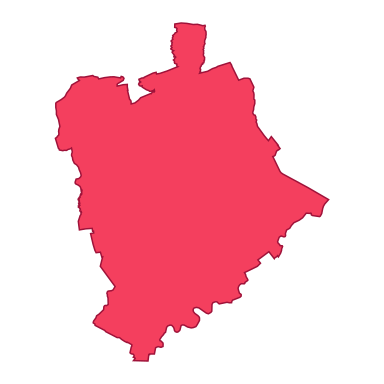 Balesti, Gorj, Romania (Mercator projection)
{"feature_id": "2599482B86837761601093", "entity_name": "Balesti", "entity_type": "district", "adm_level": 2, "iso_a3": "ROU", "parent_name": "Romania", "parent_adm1": "Gorj", "projection": "mercator", "projection_center": [23.167, 45.008], "detail": "fine", "context": "isolated", "style": "filled", "palette": "rose", "viewbox_px": 384, "rotation_deg": 0, "n_neighbors": 0, "source": "geoboundaries", "source_scale": "gbopen_adm2", "svg_char_len": 5812}
<svg xmlns="http://www.w3.org/2000/svg" viewBox="0 0 384 384"><path d="M328.6,199.6L308.1,187.7L283.0,174.1L281.1,172.8L280.0,171.4L272.8,156.5L273.9,156.2L275.1,155.3L276.6,151.0L278.2,150.1L278.3,149.7L279.0,149.6L280.1,148.6L277.7,145.3L278.1,145.1L271.3,136.6L268.4,140.7L264.4,135.9L257.5,126.4L256.8,123.3L256.1,122.1L256.7,120.0L256.2,119.6L255.8,118.6L255.9,117.0L255.1,115.2L254.1,115.0L252.9,113.5L252.8,112.1L253.6,109.7L253.8,106.9L254.8,103.6L254.8,100.0L254.0,99.3L253.9,98.7L254.0,94.5L253.7,92.7L252.8,90.9L253.9,87.2L249.9,78.8L248.0,78.2L244.0,78.2L238.7,80.2L232.0,66.5L231.5,64.9L230.0,62.5L217.9,66.3L216.1,67.4L212.5,68.6L207.6,71.3L199.6,73.2L200.1,72.2L200.0,71.7L200.6,71.3L200.3,69.5L200.6,69.2L200.0,68.6L200.5,66.9L201.2,66.1L201.3,65.1L202.6,64.2L202.3,63.6L202.5,63.2L203.6,63.0L204.1,61.8L204.0,60.4L204.5,60.1L204.6,57.3L203.8,56.4L203.4,55.1L203.4,53.9L203.7,53.5L203.5,51.8L203.7,50.4L203.1,49.5L203.9,48.2L203.4,46.8L203.9,46.4L204.1,45.1L205.0,43.7L204.6,42.6L204.7,40.5L205.9,37.4L205.8,35.8L206.1,35.0L206.0,31.7L205.5,30.6L205.0,30.1L204.8,29.1L204.7,27.7L205.3,26.2L205.0,25.3L202.9,25.7L197.5,24.3L193.2,24.5L186.9,23.4L181.1,23.0L174.8,24.0L174.7,27.4L176.4,27.9L177.0,28.6L176.6,30.4L177.2,31.6L176.2,32.5L175.2,32.8L174.5,34.0L172.7,35.5L173.2,36.5L172.5,37.4L172.4,38.2L172.9,39.2L171.1,40.9L171.3,41.7L172.3,42.3L171.8,43.7L172.0,45.1L170.9,46.0L171.1,46.6L172.0,47.5L170.8,48.8L171.0,49.2L171.8,49.4L172.3,50.2L173.6,50.7L172.2,51.8L172.1,52.3L174.4,55.3L174.5,55.8L173.9,56.2L173.9,56.8L175.3,56.7L175.7,57.1L174.9,57.9L174.5,59.1L173.4,60.0L174.5,61.1L174.4,62.4L174.7,63.3L176.9,64.2L176.8,65.5L177.2,66.5L177.7,66.7L167.1,71.0L159.9,73.4L156.5,74.0L156.1,72.3L153.0,73.1L144.1,77.3L143.8,77.9L141.8,78.0L138.9,79.3L139.3,80.7L140.7,82.0L139.8,82.7L139.4,82.5L138.6,84.1L139.4,85.6L140.8,86.1L142.1,85.8L142.0,86.8L142.2,87.1L146.5,89.8L148.9,90.6L149.5,91.3L150.5,91.4L153.6,90.4L154.3,89.7L154.6,91.3L154.2,92.0L153.0,91.9L152.1,92.4L151.2,93.7L150.6,93.6L140.7,97.7L138.5,100.2L134.8,103.0L131.2,103.9L131.0,101.2L130.7,100.4L129.6,99.3L127.5,90.5L127.9,90.4L127.3,86.9L127.3,84.4L123.2,84.7L117.2,86.1L117.1,84.5L117.5,83.8L123.2,80.4L124.0,78.4L123.4,77.4L122.7,76.8L121.2,76.4L120.5,77.9L114.0,76.8L110.3,76.9L104.7,77.6L98.7,78.9L97.8,77.2L93.8,76.4L92.8,75.5L84.3,77.1L80.3,77.0L77.3,77.9L77.6,78.6L79.4,80.5L71.7,85.0L70.3,88.4L66.7,93.1L65.5,95.7L64.5,97.1L61.2,99.6L56.4,102.4L55.8,103.2L55.8,107.4L56.4,110.9L56.4,114.5L58.5,119.5L59.9,126.5L58.9,129.2L58.6,131.4L58.9,133.4L58.7,135.1L57.4,136.3L57.0,137.1L55.4,138.3L58.4,148.3L59.0,148.8L59.4,150.0L62.9,150.7L64.1,150.3L66.6,150.4L67.9,149.5L70.4,148.8L71.5,148.0L72.3,152.0L71.6,154.2L71.6,155.7L72.4,157.3L72.8,160.0L74.4,163.4L76.6,164.8L78.5,167.2L79.2,169.7L80.5,172.6L81.2,175.4L80.6,176.9L79.5,178.0L78.6,178.6L76.1,179.1L75.1,182.2L75.2,183.2L75.7,183.9L78.2,185.1L80.1,186.5L81.1,189.1L81.0,189.5L81.6,189.6L81.8,190.0L81.3,190.5L81.8,190.9L81.3,191.4L81.7,191.8L81.7,192.6L81.4,192.9L81.7,193.3L81.5,193.5L81.6,194.5L81.2,194.8L80.7,194.4L80.6,195.1L80.3,195.1L80.1,196.4L79.4,197.2L79.7,197.5L79.2,197.6L79.2,198.5L78.7,198.5L78.7,199.0L78.1,199.2L78.3,199.8L78.7,199.6L79.2,200.2L79.3,200.7L78.9,200.9L78.9,201.3L79.3,201.5L79.6,202.8L79.1,202.9L79.3,203.2L79.0,203.3L79.4,203.7L78.9,203.9L79.5,204.8L78.9,204.7L78.9,205.4L79.3,205.5L78.9,205.9L79.0,206.3L78.5,206.3L78.7,206.7L78.4,207.1L80.0,208.4L79.9,208.8L80.4,209.2L79.8,210.8L80.7,212.0L81.2,211.6L81.5,212.5L81.0,213.3L81.0,214.5L80.2,215.5L78.3,221.3L79.4,229.9L85.9,228.8L92.2,228.4L92.6,231.2L93.5,231.1L93.7,233.0L90.6,233.6L93.1,244.3L94.9,250.3L96.1,252.7L100.4,252.2L101.9,257.3L102.6,257.0L100.3,266.3L115.1,286.5L113.1,289.9L111.5,290.7L108.1,291.1L107.2,292.1L106.9,293.6L107.5,294.8L107.3,295.9L108.0,297.8L108.2,304.5L106.5,305.6L105.2,305.4L104.5,305.8L103.9,306.7L103.6,309.7L99.1,314.1L96.6,315.8L95.9,317.9L93.7,320.9L93.3,322.0L93.2,322.9L94.9,324.0L95.1,325.4L104.7,330.4L105.8,331.7L117.2,337.6L119.5,337.6L121.6,339.4L124.7,341.4L127.0,342.5L127.2,342.2L128.3,342.7L131.8,344.7L131.8,346.1L131.3,346.9L130.0,352.8L131.2,353.8L133.2,354.2L134.1,355.4L134.2,356.1L133.3,357.2L134.9,357.9L135.2,358.4L133.5,360.6L148.0,361.0L148.8,354.5L149.6,354.6L149.7,354.0L154.4,354.0L155.6,347.7L158.0,346.6L161.0,347.3L163.0,346.5L163.1,344.0L162.9,342.9L161.0,341.0L159.9,340.6L159.7,339.7L161.5,336.8L163.7,334.4L164.2,333.2L165.5,332.4L166.6,327.4L167.7,326.0L170.0,325.1L171.7,325.3L173.4,327.1L174.1,328.6L174.4,330.3L175.2,331.6L176.8,332.2L177.9,332.0L179.6,330.6L180.0,329.9L180.9,326.2L181.2,325.5L182.4,324.9L184.2,325.1L187.6,327.0L191.2,327.9L193.3,327.6L195.9,326.6L197.2,324.7L199.2,321.0L199.5,320.3L199.5,318.0L199.3,317.2L197.9,315.6L194.8,313.4L193.4,311.6L193.1,309.8L193.6,308.5L194.3,307.9L196.5,307.4L198.9,307.9L206.3,313.1L208.4,313.8L210.9,312.4L211.8,311.2L212.0,304.4L213.0,302.6L215.3,301.8L216.8,301.8L219.2,303.9L227.0,302.3L229.5,302.8L231.6,302.7L231.7,301.7L232.5,300.2L239.9,297.3L241.1,296.2L241.2,294.7L240.9,294.2L239.5,293.3L238.6,290.6L238.1,288.6L238.3,287.3L238.9,286.0L239.9,284.6L241.3,283.7L244.3,283.8L244.8,283.4L244.9,282.5L247.8,280.4L247.8,279.6L246.0,276.5L245.6,274.5L244.5,272.6L257.4,266.3L260.5,263.2L257.9,259.9L268.9,251.7L274.3,258.7L274.7,257.9L277.0,256.5L277.5,255.7L278.4,256.9L280.6,253.2L281.5,250.6L281.7,248.8L282.6,246.4L282.3,245.8L280.1,245.6L279.6,244.6L278.0,242.9L277.6,241.7L279.0,237.7L279.4,237.0L281.1,236.0L284.0,236.9L285.2,236.5L285.6,235.6L285.4,233.6L286.6,230.0L289.7,228.3L291.4,225.5L293.9,222.7L299.2,220.2L302.6,217.8L306.2,213.2L310.4,213.4L310.8,213.1L311.2,213.4L311.3,214.8L312.3,215.5L319.6,216.6L320.3,216.1L321.7,213.6L322.7,208.5L323.5,206.1L324.8,203.9L328.6,199.6Z" fill="#f43f5e" stroke="#9f1239" stroke-width="1.5"/></svg>